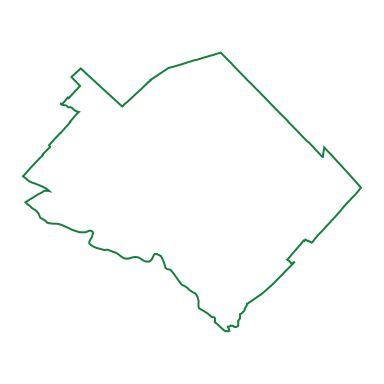 outline of Botesti, Neamt, Romania
{"feature_id": "2599482B78985950419724", "entity_name": "Botesti", "entity_type": "district", "adm_level": 2, "iso_a3": "ROU", "parent_name": "Romania", "parent_adm1": "Neamt", "projection": "mercator", "projection_center": [26.751, 47.065], "detail": "fine", "context": "isolated", "style": "outline", "palette": "green", "viewbox_px": 384, "rotation_deg": 0, "n_neighbors": 0, "source": "geoboundaries", "source_scale": "gbopen_adm2", "svg_char_len": 5843}
<svg xmlns="http://www.w3.org/2000/svg" viewBox="0 0 384 384"><path d="M227.7,331.3L229.3,330.8L229.1,330.3L229.0,329.3L228.7,328.6L228.4,327.8L228.1,327.3L228.0,327.0L227.9,326.7L229.0,326.6L230.0,326.2L230.4,326.0L230.6,325.7L230.7,325.8L230.8,325.9L231.3,325.9L232.0,325.6L233.0,325.9L233.6,326.4L234.2,326.9L235.2,327.1L236.1,327.0L236.8,326.7L237.6,326.3L238.1,326.0L238.3,325.7L238.2,325.3L238.2,324.4L238.3,323.0L238.2,322.4L238.4,321.7L238.1,321.1L238.3,320.7L238.6,320.4L238.8,319.8L239.6,319.2L240.0,317.9L240.0,317.5L240.1,315.8L240.0,314.6L239.9,314.3L241.0,313.8L241.9,313.2L244.3,310.7L244.8,308.8L245.7,307.0L246.6,305.5L247.1,304.2L247.1,303.7L248.3,303.3L248.4,303.2L248.6,302.9L248.9,302.6L249.2,302.4L249.6,302.2L251.4,301.1L252.5,300.2L253.4,299.6L254.2,299.1L255.5,298.2L256.2,297.7L257.0,297.1L258.9,295.9L261.0,294.5L263.0,292.8L264.0,292.0L270.0,286.7L271.2,285.7L280.4,276.5L285.6,271.0L287.0,269.7L287.5,269.1L288.9,267.8L291.2,265.5L294.2,262.3L294.8,261.6L294.5,261.8L293.8,262.2L293.0,262.7L292.2,263.4L291.9,263.7L291.5,263.6L291.0,262.9L290.6,262.4L289.9,261.6L289.2,261.0L287.2,259.7L287.6,259.3L288.3,258.5L289.5,257.2L290.4,256.1L291.1,255.3L291.6,254.7L292.3,253.9L292.8,253.2L293.6,252.4L294.8,251.0L295.2,250.5L296.0,249.6L297.8,247.5L298.4,246.9L298.7,246.5L300.4,244.6L301.1,243.7L302.2,242.3L303.4,240.9L303.6,240.6L304.4,241.1L304.8,240.5L305.3,239.6L308.3,241.2L308.5,240.9L311.8,242.7L312.2,242.3L312.3,242.2L313.3,241.0L314.3,239.7L315.1,238.4L316.4,237.1L317.9,235.3L320.4,232.7L323.1,230.0L325.8,226.9L326.8,225.8L327.2,225.3L328.4,224.2L330.4,222.1L331.1,221.1L332.0,220.1L332.6,219.5L333.9,218.2L336.0,215.9L337.0,214.8L339.0,212.5L340.6,210.7L341.8,209.2L344.5,205.9L344.9,205.5L345.7,204.7L347.2,203.0L348.4,201.7L348.8,201.2L349.3,200.8L349.7,200.4L350.8,199.1L352.7,197.2L354.5,195.3L355.4,194.4L357.2,192.4L357.5,192.0L360.3,188.5L361.0,187.7L352.1,177.6L344.3,169.0L343.4,168.1L342.0,166.4L340.3,164.7L335.2,159.2L334.8,158.8L334.3,158.1L331.3,154.8L328.2,151.7L324.2,147.5L324.1,148.7L323.3,153.3L323.0,155.7L322.8,157.0L322.5,157.0L322.1,156.6L321.0,155.5L320.2,154.6L319.5,153.8L318.8,153.1L318.0,152.2L317.1,151.3L316.5,150.8L316.0,150.1L314.0,147.9L311.7,145.4L310.6,144.3L310.2,143.8L309.1,142.7L307.7,141.7L306.8,140.9L305.7,139.8L304.3,138.4L302.1,136.0L300.9,134.8L300.5,134.3L299.7,133.4L298.3,132.1L296.3,130.0L294.4,128.1L292.1,125.7L289.3,122.9L288.4,122.0L287.9,121.2L286.7,119.8L285.5,118.6L284.8,118.0L284.0,117.1L281.3,114.6L278.5,111.7L274.9,108.1L271.6,104.7L264.3,97.1L262.7,95.5L260.7,93.5L259.7,92.4L258.9,91.5L257.9,90.6L254.4,87.1L254.0,86.6L252.7,85.4L251.8,84.4L251.2,83.8L250.7,83.2L249.5,82.2L248.9,81.6L248.0,80.7L246.7,79.4L245.8,78.4L245.2,77.8L244.3,76.8L243.0,75.5L242.6,75.1L242.3,74.8L242.1,74.6L242.0,74.4L241.5,73.9L240.4,72.8L239.8,72.2L239.1,71.6L237.7,70.1L235.3,67.7L233.7,66.0L232.4,64.5L231.1,63.0L230.1,62.0L228.8,60.8L227.2,59.2L226.1,58.1L222.2,54.1L220.8,52.7L218.7,53.2L216.8,53.8L214.9,54.4L213.3,54.9L209.7,55.9L209.2,56.1L208.6,56.2L206.4,56.9L204.5,57.4L201.2,58.4L200.1,58.8L197.6,59.6L195.7,60.0L195.4,60.0L193.2,60.6L190.9,61.3L189.3,61.8L188.6,62.0L187.8,62.3L181.9,64.2L178.6,65.2L174.8,66.3L173.1,66.8L169.6,67.7L169.2,67.6L168.9,67.7L152.8,78.4L150.4,80.0L150.6,80.5L147.5,82.7L147.5,83.2L147.4,83.3L146.4,84.1L143.6,86.7L142.3,88.0L138.7,91.3L136.4,93.4L131.0,98.5L128.4,100.9L126.1,102.9L125.9,103.0L125.4,103.3L123.4,105.4L122.2,106.5L114.1,99.1L103.4,89.3L90.2,77.2L83.5,71.0L80.8,68.5L71.5,76.8L71.5,77.1L80.1,85.9L68.6,98.2L67.9,97.4L62.4,104.0L62.0,104.0L61.7,103.9L61.6,103.7L61.2,103.6L60.9,103.6L60.8,104.0L61.9,104.8L63.8,105.1L65.7,105.3L66.3,105.6L66.7,105.9L67.2,106.3L67.5,106.7L68.2,107.1L68.8,107.3L69.6,107.3L70.1,107.2L71.2,107.5L72.0,107.8L74.2,110.0L76.1,111.1L78.9,112.0L77.3,113.4L77.1,113.5L76.6,114.2L74.6,116.4L71.7,119.8L70.1,121.5L70.4,121.9L68.8,123.8L65.2,127.8L60.5,133.2L60.2,133.0L58.3,135.1L55.0,138.6L52.2,141.7L49.0,145.3L50.2,146.9L48.2,148.9L46.6,150.5L43.6,153.4L42.7,154.3L43.1,154.9L41.5,156.5L39.7,158.2L30.8,167.6L30.1,168.4L26.7,172.2L25.0,174.2L23.0,176.2L23.2,176.5L23.3,176.6L24.0,177.1L24.9,177.7L26.2,178.7L27.3,179.8L28.4,180.6L28.7,181.0L29.3,181.4L30.8,181.9L32.2,182.7L34.9,183.5L38.9,185.1L43.1,186.9L44.7,187.8L46.5,188.8L49.2,190.9L49.4,191.1L48.9,191.0L48.0,190.9L47.0,190.9L46.3,190.8L45.2,190.7L44.1,191.0L43.7,191.2L43.2,191.5L42.7,192.0L42.4,192.2L42.2,192.3L41.7,192.5L40.9,192.9L40.2,193.4L39.5,193.7L38.6,194.2L38.4,194.3L37.9,194.5L25.5,202.2L27.4,204.3L29.5,205.6L31.6,207.7L33.9,209.3L35.7,210.4L36.9,211.5L37.8,212.6L38.7,213.8L39.4,215.6L40.2,217.7L42.1,218.8L44.3,220.0L45.8,221.3L47.0,222.5L48.8,223.2L51.3,223.5L53.5,223.7L56.0,223.7L57.4,223.8L59.2,224.2L61.6,224.9L65.8,226.8L68.6,228.0L70.0,228.8L72.6,230.0L76.0,231.1L79.3,232.2L82.5,232.3L85.2,232.3L87.7,231.4L89.6,230.6L91.0,230.7L92.8,231.9L92.9,233.5L91.9,237.1L90.7,239.0L89.3,241.9L89.3,243.5L90.5,244.8L93.5,246.6L95.9,247.7L104.2,250.0L107.0,249.7L108.7,250.1L112.5,251.6L115.5,252.6L117.7,253.8L121.6,256.8L123.7,258.1L126.2,258.7L128.7,258.6L130.7,257.9L133.5,257.2L135.5,257.0L137.8,257.2L140.7,258.7L142.8,260.2L145.6,261.5L147.6,261.6L149.4,261.5L151.1,260.2L152.0,259.0L153.1,256.6L154.1,254.7L154.8,254.0L155.9,254.0L157.2,254.1L158.4,254.9L160.9,256.0L162.8,259.7L164.1,263.0L165.2,266.7L165.3,267.8L166.5,268.6L167.6,269.2L169.1,269.5L170.6,269.8L173.4,273.3L176.6,277.7L178.9,281.0L181.4,284.2L182.0,284.9L184.6,286.0L187.1,287.7L189.4,290.0L193.1,292.4L195.2,293.3L197.4,296.5L198.0,298.6L198.6,300.9L198.4,304.6L198.6,307.0L199.0,308.1L200.9,309.4L203.4,310.8L207.7,313.5L209.5,315.1L211.3,316.6L212.6,317.3L213.6,317.1L214.5,317.7L215.1,318.7L215.0,320.7L214.8,322.1L218.5,325.2L221.8,328.4L224.3,330.5L225.7,331.2L227.7,331.3Z" fill="none" stroke="#15803d" stroke-width="2"/></svg>